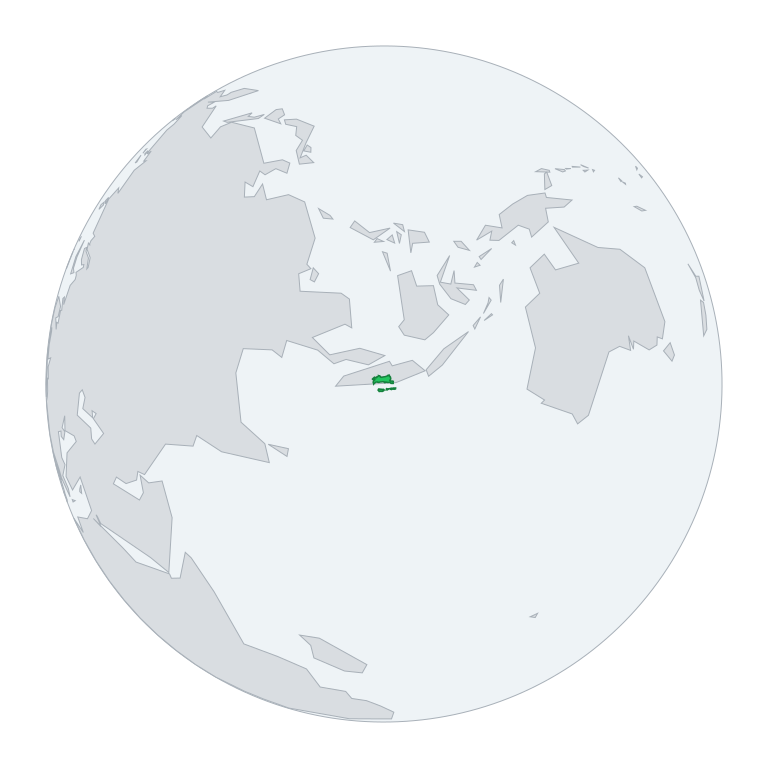 globe centered on Sumatera Barat, rotated 303°
{"feature_id": "IDN-539", "entity_name": "Sumatera Barat", "entity_type": "Province", "adm_level": 1, "iso_a3": "IDN", "parent_name": "Indonesia", "parent_adm1": "", "projection": "orthographic", "projection_center": [100.097, -1.223], "detail": "fine", "context": "on_globe", "style": "filled", "palette": "green", "viewbox_px": 768, "rotation_deg": 303, "n_neighbors": 0, "source": "natural_earth", "source_scale": "10m", "svg_char_len": 11815}
<svg xmlns="http://www.w3.org/2000/svg" viewBox="0 0 768 768"><g transform="rotate(303 384 384)"><circle cx="384" cy="384" r="338" fill="#eef3f6" stroke="#a8b0b8"/><path d="M703.7,476.3L703.1,478.8L702.9,479.1L703.7,476.3ZM526.1,77.4L529.5,79.0L519.2,74.7L524.7,77.3L503.4,68.2L519.2,74.3L520.1,74.7L526.1,77.4ZM493.3,64.4L489.3,63.1L491.5,63.7L493.3,64.4ZM113.9,180.9L113.8,181.1L112.4,182.9L113.9,180.9ZM102.5,197.0L95.7,212.7L105.7,199.6L109.5,208.7L118.6,207.7L140.5,179.8L125.5,180.5L133.3,167.7L153.6,155.7L168.2,157.2L171.7,152.4L171.2,141.8L183.5,133.5L172.1,137.8L170.1,142.4L162.9,145.7L164.3,141.8L168.6,138.7L166.7,136.9L146.8,153.8L142.6,160.4L132.3,164.5L124.4,176.2L118.4,182.2L129.5,164.8L135.2,158.3L148.5,141.8L141.5,148.7L128.5,165.3L128.6,164.2L119.1,175.5L126.4,166.1L136.6,153.8L160.2,130.9L185.8,110.3L190.1,108.5L194.8,105.8L205.6,98.6L205.6,99.6L215.5,93.0L224.4,90.2L221.9,88.6L234.6,81.8L246.8,76.7L250.6,74.6L230.7,83.2L223.2,87.1L217.4,90.6L196.5,103.2L192.2,105.8L200.1,100.5L225.8,85.4L252.9,72.6L268.9,66.5L280.4,63.5L272.9,70.5L263.0,74.0L260.7,72.7L251.2,79.3L257.5,76.1L257.5,77.5L269.6,72.7L270.2,73.6L280.9,68.1L282.9,68.6L276.1,72.1L295.8,67.1L303.4,68.1L307.6,66.7L309.9,64.9L318.0,68.3L320.7,67.2L319.1,65.5L323.5,62.5L334.5,59.0L336.7,60.3L333.0,61.8L328.7,67.5L318.6,72.1L320.6,72.4L329.9,68.8L335.2,61.7L341.2,59.3L340.1,62.1L340.9,60.9L344.6,60.2L350.3,61.0L352.1,57.9L389.3,52.4L404.0,54.7L398.9,57.0L427.2,58.1L441.6,62.9L440.1,61.1L452.6,61.9L448.3,60.3L448.5,59.6L478.8,63.6L487.6,66.4L499.0,68.3L498.2,67.7L492.3,65.5L503.4,68.2L524.7,77.3L525.4,78.1L538.2,84.2L537.9,85.7L543.6,90.5L535.7,90.2L540.9,94.9L545.4,97.0L555.8,105.8L561.7,118.9L537.2,99.2L524.5,82.8L527.9,88.1L521.3,84.6L518.9,85.4L521.9,90.0L525.9,91.8L500.5,91.5L496.0,104.8L510.6,106.8L520.5,113.6L528.1,135.8L503.7,163.0L516.7,176.7L518.0,184.7L507.9,187.8L505.7,176.0L494.7,170.3L495.0,163.8L478.1,166.6L477.7,157.5L464.7,165.1L470.5,173.2L485.6,173.2L474.5,185.1L490.8,200.8L493.5,218.3L468.8,246.8L442.4,254.1L440.9,259.9L430.0,252.4L416.1,263.1L436.8,298.6L436.4,308.7L413.5,326.4L412.9,318.7L384.0,298.6L378.9,322.6L400.8,344.3L408.3,369.2L391.6,360.5L383.9,338.8L373.7,331.0L376.3,309.9L367.5,278.7L350.6,283.8L351.7,271.6L337.0,246.7L312.6,253.7L274.1,284.9L269.0,316.6L255.6,330.6L238.7,284.7L238.8,255.0L227.9,257.7L214.6,233.5L177.6,232.5L176.6,225.2L168.7,228.8L160.0,221.9L160.2,210.3L152.9,211.4L153.5,242.1L161.8,241.4L174.7,229.1L172.9,240.5L181.8,250.7L156.5,279.1L108.7,306.2L111.3,282.8L112.7,222.4L116.8,215.7L117.1,215.0L117.5,213.7L110.2,224.6L112.9,213.5L104.3,254.4L99.6,273.0L107.9,307.6L105.3,311.5L110.2,318.7L134.6,309.0L133.2,317.0L117.2,354.7L89.7,408.0L97.6,443.5L102.8,474.2L95.1,495.5L105.3,519.3L102.7,528.2L108.9,541.8L112.1,556.6L114.1,571.0L107.2,572.7L99.3,560.5L84.4,537.3L60.4,480.7L54.1,454.0L50.3,433.9L46.6,402.8L46.1,378.7L47.4,354.7L50.3,330.7L54.9,307.1L61.3,283.8L69.2,261.1L78.8,239.0L89.9,217.6L102.5,197.0ZM176.2,174.3L189.8,175.8L196.6,159.2L202.4,158.7L202.6,153.7L197.0,158.1L199.3,144.8L209.9,140.6L214.8,134.1L210.5,133.5L190.8,143.7L187.3,162.1L178.7,168.7L176.2,174.3ZM118.4,175.2L118.4,175.5L119.7,174.4L113.8,182.0L118.4,175.2ZM195.2,103.8L195.7,103.4L193.3,105.0L189.3,107.8L190.3,107.1L195.2,103.8ZM325.9,51.1L320.6,52.1L307.5,54.9L308.9,54.5L325.9,51.1ZM134.2,184.6L127.6,190.0L128.0,187.5L130.1,186.1L134.2,184.6ZM117.3,185.5L118.0,188.6L115.7,187.5L117.3,185.5ZM312.3,53.9L316.4,53.0L315.2,53.3L312.3,53.9ZM328.6,50.7L328.3,50.9L327.6,50.8L328.6,50.7ZM268.4,633.4L275.3,637.7L270.5,638.0L268.4,633.4ZM135.6,468.2L139.3,522.5L129.9,523.1L121.8,507.2L116.1,474.4L124.9,464.9L127.5,450.0L135.6,468.2ZM491.8,433.4L501.5,435.8L501.1,437.4L491.8,433.4ZM481.6,426.9L492.9,428.4L479.6,430.2L481.6,426.9ZM497.3,429.0L508.7,427.1L513.7,425.0L512.7,428.2L497.3,429.0ZM474.0,426.3L431.6,422.6L414.8,417.2L418.9,411.6L446.1,415.0L474.0,426.3ZM417.5,411.3L391.7,393.3L355.8,344.6L368.7,345.9L406.0,376.2L403.7,381.0L419.3,394.9L417.5,411.3ZM479.7,385.9L477.2,400.7L454.0,397.5L443.3,394.2L436.0,374.4L440.1,365.1L448.9,366.0L482.3,336.4L494.0,345.4L483.9,358.1L493.4,371.9L479.7,385.9ZM270.4,319.7L277.7,339.1L270.4,342.1L270.4,319.7ZM495.4,315.4L482.2,328.0L494.1,310.7L495.4,315.4ZM502.2,299.0L503.3,306.0L497.6,298.7L502.2,299.0ZM440.9,269.1L431.7,270.0L431.3,265.2L442.9,261.4L440.9,269.1ZM495.5,233.6L496.0,246.9L494.5,251.3L490.0,242.8L495.5,233.6ZM341.5,54.4L323.3,57.3L312.0,60.5L308.5,63.3L305.7,61.2L323.1,56.2L341.5,54.4ZM383.2,52.1L386.2,50.6L390.1,51.3L389.9,51.7L383.2,52.1ZM381.3,51.2L375.2,49.8L380.3,49.0L384.1,50.2L381.3,51.2ZM343.1,49.8L337.5,50.5L338.6,50.0L343.1,49.8ZM626.7,603.8L626.4,607.6L617.0,616.5L605.7,625.0L598.5,625.9L626.7,603.8ZM560.0,613.1L564.0,600.4L574.5,601.5L566.5,611.8L560.0,613.1ZM634.3,597.4L642.9,587.6L650.3,573.4L644.2,586.8L645.9,589.4L627.9,607.3L634.3,597.4ZM533.4,555.2L469.1,572.5L456.0,568.1L461.4,558.2L453.5,526.4L458.0,527.4L457.6,506.7L496.8,491.4L525.5,460.7L544.9,465.2L561.0,443.2L580.2,447.7L573.1,465.7L591.4,481.5L608.0,441.3L615.0,489.0L625.5,508.5L623.5,539.4L589.3,585.6L573.5,592.9L572.3,587.5L565.3,591.7L557.0,587.8L556.1,570.1L549.0,574.3L557.6,562.7L546.5,572.5L543.9,561.1L533.4,555.2ZM669.0,497.2L670.8,499.2L672.1,508.8L669.5,506.0L669.0,497.2ZM698.9,483.4L698.6,487.9L697.2,487.8L698.9,483.4ZM702.9,479.1L701.3,479.4L703.7,476.3L702.9,479.1ZM683.4,473.8L683.9,477.1L683.0,477.9L683.4,473.8ZM682.8,472.5L684.6,468.3L683.8,473.0L682.8,472.5ZM676.0,444.1L677.4,442.1L677.9,444.2L676.0,444.1ZM515.9,437.5L529.7,427.1L537.0,427.0L515.9,437.5ZM674.5,438.5L671.2,437.0L671.7,434.7L674.5,438.5ZM675.1,432.9L675.0,429.4L676.5,438.0L675.1,432.9ZM669.0,423.3L672.9,430.6L668.5,423.9L669.0,423.3ZM666.5,423.4L663.5,419.8L663.7,418.9L666.5,423.4ZM628.9,418.6L640.7,441.5L630.5,438.7L619.4,423.8L609.4,433.5L587.6,427.8L593.0,421.5L590.3,410.1L567.0,402.2L562.3,394.5L570.9,391.1L555.1,383.3L572.4,382.6L579.2,398.0L588.9,388.3L605.0,393.9L620.3,401.6L631.9,415.0L628.9,418.6ZM572.0,414.2L574.9,414.7L572.1,418.6L572.0,414.2ZM657.7,410.1L662.1,418.5L661.5,420.1L659.2,418.4L657.7,410.1ZM634.7,413.0L647.5,404.1L650.4,405.0L641.8,416.6L634.7,413.0ZM644.7,395.6L650.4,398.7L653.2,406.2L652.0,407.7L644.7,395.6ZM536.7,396.0L535.9,399.9L531.3,396.2L536.7,396.0ZM542.7,394.4L556.3,400.5L541.3,397.6L542.7,394.4ZM500.1,375.8L504.2,385.6L517.3,381.0L507.3,388.5L516.0,405.0L512.9,410.5L504.3,392.8L500.9,409.8L495.0,408.9L492.0,393.7L498.1,376.3L503.9,369.5L527.5,369.1L500.1,375.8ZM542.6,382.9L539.0,371.6L541.7,364.8L545.7,371.0L542.6,382.9ZM527.7,344.7L517.6,331.4L508.6,335.1L526.4,320.3L533.3,335.3L527.7,344.7ZM518.6,317.2L510.3,320.4L518.7,311.7L518.6,317.2ZM508.0,316.2L506.7,307.8L513.5,309.7L508.0,316.2ZM523.0,318.1L524.1,304.3L527.8,312.9L523.0,318.1ZM503.1,289.4L518.1,304.2L499.1,296.5L496.8,270.4L504.8,270.6L503.1,289.4ZM538.5,196.4L535.8,189.8L542.6,189.4L542.5,194.0L538.5,196.4ZM562.2,185.0L543.5,187.3L528.0,190.5L533.5,194.1L531.4,204.5L522.3,193.3L532.0,183.2L544.0,182.9L544.4,174.6L552.3,170.6L548.3,160.1L551.3,156.6L558.5,166.4L562.2,185.0ZM546.0,155.7L541.9,139.1L555.4,144.1L559.4,148.8L555.6,154.0L548.7,151.0L546.0,155.7ZM544.9,136.8L538.2,134.0L518.0,109.9L517.2,106.3L539.6,125.7L534.5,124.4L537.1,129.9L544.9,136.8ZM491.3,63.9L489.5,63.2L493.2,64.5L491.3,63.9ZM445.9,58.7L446.8,58.0L451.2,59.0L445.9,58.7ZM451.8,56.9L446.2,56.1L451.2,56.4L451.8,56.9ZM433.8,54.9L443.6,55.6L435.6,55.8L433.8,54.9Z" fill="#d9dde1" stroke="#a8b0b8" stroke-width="1"/><path d="M389.5,391.4L388.9,390.5L388.3,389.5L388.3,389.4L388.6,389.1L388.7,388.8L388.5,388.1L388.5,387.9L388.4,387.8L388.0,387.4L387.9,387.2L387.7,386.8L387.4,386.5L387.3,386.3L387.2,386.2L387.2,385.9L387.2,385.7L386.8,385.3L386.8,385.2L386.8,384.6L386.7,384.6L386.4,384.4L386.1,384.2L386.1,384.3L385.9,384.3L385.8,384.2L386.0,384.1L386.0,383.9L385.9,383.8L385.7,383.6L385.6,383.4L385.6,383.1L385.9,383.1L385.9,382.9L385.7,382.9L385.5,382.5L385.5,382.1L385.4,381.9L385.2,381.6L384.4,380.7L384.2,380.5L384.0,380.1L383.6,379.7L383.4,379.5L383.0,379.2L382.9,379.0L382.8,378.9L382.5,378.7L382.4,378.6L382.3,378.1L382.1,377.9L382.0,377.7L382.1,377.2L381.9,377.0L381.6,376.7L381.3,376.3L381.1,376.2L380.7,376.0L380.4,375.9L379.9,375.8L379.8,375.7L379.6,375.5L379.5,375.4L379.4,375.4L379.1,375.5L378.8,375.5L378.6,375.3L378.4,375.3L379.1,374.6L379.5,374.0L379.6,373.9L379.9,373.9L380.1,373.8L380.3,373.8L380.7,373.5L380.9,373.5L381.0,373.5L381.4,373.6L381.6,373.8L382.1,373.9L382.2,374.0L382.3,374.0L382.5,374.0L382.8,373.9L382.9,373.6L382.8,373.1L382.7,373.0L382.6,372.9L382.4,372.6L382.3,372.3L382.2,372.2L381.9,372.1L381.9,371.9L381.7,371.8L381.7,371.7L381.8,371.6L382.0,371.7L382.3,371.7L382.6,371.7L382.8,371.8L383.1,371.9L383.3,372.0L383.7,372.1L383.8,372.1L384.0,372.3L384.3,372.4L384.5,372.3L384.7,372.5L384.4,372.8L384.4,373.0L384.5,373.4L384.6,373.5L384.8,373.7L385.0,374.1L385.6,374.4L385.8,374.4L385.9,374.2L386.0,374.1L386.4,374.2L386.6,374.3L386.8,374.6L387.2,374.8L387.5,374.9L387.6,375.0L387.9,375.3L388.0,375.2L388.0,375.3L388.4,375.6L388.5,375.8L388.4,376.5L388.4,377.0L387.9,377.1L387.8,377.3L388.0,377.7L388.1,378.1L388.5,378.7L389.0,379.0L389.3,379.2L389.6,379.6L390.7,380.9L391.3,381.4L391.9,381.8L392.2,382.2L392.4,382.3L392.7,382.4L393.3,382.5L393.6,382.6L393.8,382.8L393.9,383.1L394.0,383.2L393.9,383.5L394.0,383.5L394.3,383.6L394.2,383.8L394.0,384.1L393.9,384.2L393.7,384.3L393.4,384.3L393.3,384.7L393.4,385.0L393.3,385.3L393.4,385.5L393.2,385.7L393.1,385.9L392.6,386.3L392.4,386.5L392.1,386.8L391.8,386.9L391.7,386.8L390.7,387.0L390.3,386.9L390.2,386.9L390.0,387.4L390.1,387.8L390.2,388.1L390.3,388.4L390.4,388.6L390.5,388.7L390.7,388.8L390.9,389.1L391.1,389.6L391.3,390.3L391.1,390.4L390.9,390.6L390.7,390.6L390.3,390.7L389.8,391.1L389.5,391.4ZM379.2,386.4L379.2,386.5L379.3,386.7L379.3,386.9L379.2,387.0L379.1,386.6L378.9,386.3L378.7,386.4L378.8,386.5L379.0,386.9L379.0,387.1L379.0,387.3L378.8,387.2L378.6,387.2L378.5,387.3L378.2,387.4L377.4,387.0L377.3,386.9L376.9,386.7L376.6,386.3L376.5,386.0L376.4,385.8L375.5,384.4L375.4,384.4L375.4,384.2L375.1,383.9L375.2,383.7L375.3,383.5L375.4,383.2L375.5,383.1L375.5,382.6L375.6,382.4L375.9,382.3L376.2,382.4L376.3,382.4L376.5,382.3L376.6,382.2L376.8,382.2L376.9,382.3L377.0,382.3L377.2,382.6L377.1,382.9L377.2,383.1L377.4,383.2L377.5,383.5L377.7,383.8L377.8,383.9L377.9,384.1L377.8,384.3L378.0,384.4L378.1,384.6L378.2,384.8L378.4,385.0L378.5,385.1L378.5,385.4L378.3,385.2L378.3,385.3L378.4,385.5L378.6,385.7L378.8,386.1L379.0,386.1L379.2,386.3L379.2,386.4ZM385.8,395.6L385.9,395.9L386.2,396.2L386.2,396.3L385.9,396.2L385.7,396.1L385.6,395.9L385.4,395.8L385.4,395.7L385.5,395.7L385.4,395.4L385.5,395.2L385.1,394.9L384.9,394.9L384.7,394.5L384.6,394.4L384.5,394.2L384.6,393.9L384.5,393.5L384.5,393.3L384.5,393.2L384.8,393.1L385.0,393.4L385.2,393.5L385.5,393.9L385.7,394.0L385.9,394.3L386.2,394.6L386.2,394.8L386.2,395.0L386.2,395.3L386.1,395.2L385.9,395.3L385.8,395.2L385.7,395.3L385.8,395.4L385.8,395.6ZM384.6,392.6L384.7,392.9L384.7,393.0L384.4,393.1L384.3,393.4L384.2,393.4L384.1,393.5L384.0,393.4L383.7,393.3L383.7,393.5L383.5,393.4L383.5,393.2L383.4,393.1L383.4,392.6L383.4,392.3L383.2,392.2L383.3,392.1L383.2,392.0L383.2,391.8L383.2,391.6L383.3,391.5L383.3,391.4L383.4,391.5L383.6,391.6L383.9,392.0L384.1,392.1L384.3,392.2L384.4,392.3L384.5,392.4L384.6,392.6ZM382.4,390.3L382.5,390.6L382.6,390.8L382.6,390.7L382.6,390.8L382.4,390.7L382.2,390.6L381.7,390.4L381.5,390.2L381.4,390.1L381.1,390.1L381.1,389.9L380.9,389.9L380.8,389.7L380.7,389.5L380.6,389.4L380.8,389.4L380.8,389.2L380.8,388.9L381.0,388.7L381.3,388.7L381.4,388.9L381.6,388.9L381.6,389.0L381.7,389.3L381.8,389.5L382.1,390.0L382.4,390.3ZM386.4,395.2L386.4,395.3L386.5,395.4L386.6,395.5L386.4,395.5L386.3,395.4L386.4,395.2Z" fill="#22c55e" stroke="#15803d" stroke-width="1.5"/></g></svg>